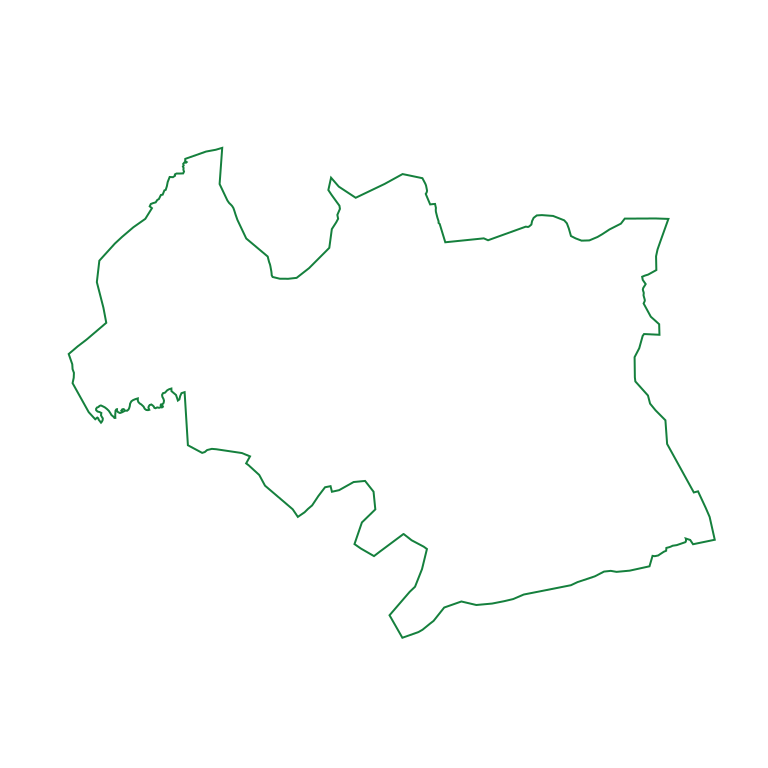 Ringim, Jigawa, Nigeria, rotated 173°
{"feature_id": "59680162B52609098277437", "entity_name": "Ringim", "entity_type": "district", "adm_level": 2, "iso_a3": "NGA", "parent_name": "Nigeria", "parent_adm1": "Jigawa", "projection": "orthographic", "projection_center": [9.164, 12.166], "detail": "fine", "context": "isolated", "style": "outline", "palette": "green", "viewbox_px": 768, "rotation_deg": 173, "n_neighbors": 0, "source": "geoboundaries", "source_scale": "gbopen_adm2", "svg_char_len": 4773}
<svg xmlns="http://www.w3.org/2000/svg" viewBox="0 0 768 768"><g transform="rotate(173 384 384)"><path d="M515.8,638.1L522.4,637.0L532.3,636.4L553.8,631.7L554.2,629.5L552.8,628.3L553.5,627.8L555.3,628.1L556.5,626.9L556.2,625.3L557.1,624.4L556.6,622.9L557.0,621.1L556.6,619.2L557.7,617.5L561.1,617.8L564.3,618.2L566.0,617.5L566.0,616.2L568.3,615.0L571.5,615.6L574.1,610.8L575.4,606.8L577.0,603.3L578.4,602.9L579.4,601.1L580.6,598.9L582.4,598.8L583.4,597.3L584.9,595.0L586.6,594.3L588.5,592.1L591.1,591.7L593.5,591.1L594.9,588.9L592.9,586.8L600.8,577.0L613.7,570.1L626.1,561.9L634.0,556.2L651.5,541.1L656.6,520.1L653.2,493.9L652.2,478.6L673.7,464.4L683.4,458.7L693.3,452.2L691.0,441.6L691.3,436.7L690.4,432.9L691.2,428.0L693.0,422.8L680.5,392.0L674.9,384.2L672.7,385.6L671.8,384.8L671.6,383.4L670.9,382.3L669.6,380.1L668.5,381.1L667.6,382.6L667.3,384.2L668.1,385.8L668.7,387.4L668.1,389.7L669.7,390.8L671.7,391.6L672.5,392.6L672.9,393.1L672.8,394.4L671.8,395.6L670.1,396.0L669.1,396.9L667.6,397.2L666.1,396.3L664.0,394.9L662.0,392.9L661.6,392.4L660.4,390.9L659.2,388.5L658.3,386.4L656.6,384.6L655.7,383.2L654.8,383.1L654.7,384.4L654.5,386.4L654.1,388.1L653.7,390.3L653.4,390.7L652.6,391.5L652.1,391.5L652.3,390.5L652.4,390.1L651.3,388.4L649.6,387.4L647.6,387.8L646.2,388.3L647.9,389.6L646.8,390.8L645.4,390.8L644.3,389.1L642.2,388.8L640.7,389.8L639.8,391.2L639.0,393.1L638.4,395.4L636.9,397.6L635.0,398.6L632.5,399.3L630.1,399.7L630.4,397.7L629.9,395.8L628.5,394.1L627.5,393.4L625.4,390.9L624.5,388.5L623.1,387.2L621.4,386.8L620.1,387.0L620.4,388.0L620.7,389.2L620.2,390.5L619.1,391.7L617.4,392.0L616.4,391.1L615.3,389.8L614.8,388.3L613.7,387.8L612.0,388.4L610.1,387.8L608.6,388.2L607.3,387.8L606.2,388.4L606.5,389.3L607.8,389.0L608.3,390.1L607.9,390.9L606.7,390.9L605.4,391.6L604.8,392.8L604.4,394.4L604.8,396.4L605.5,398.1L605.6,399.3L605.6,400.2L604.5,401.8L602.4,402.1L599.9,404.2L597.9,405.0L595.6,405.4L595.8,402.8L591.8,398.5L591.1,395.3L590.6,392.7L589.0,393.6L587.8,396.8L586.1,399.6L582.9,400.2L586.1,347.1L575.3,339.5L572.9,337.8L570.2,338.3L567.6,340.0L562.8,340.6L558.5,339.7L533.5,332.8L525.8,328.5L530.5,322.0L528.5,320.1L518.9,308.9L514.5,297.6L489.9,270.8L488.2,267.5L485.7,262.6L484.2,263.4L478.4,266.4L474.8,269.2L470.1,272.3L462.8,280.8L455.1,288.7L449.5,289.1L448.8,283.4L441.5,284.1L426.1,290.4L414.6,290.1L407.5,278.4L407.9,260.6L422.8,249.3L432.8,228.7L427.0,223.5L414.9,214.4L407.6,218.7L407.2,218.9L383.0,232.7L382.7,232.6L375.6,225.5L364.4,217.7L361.5,215.0L368.8,195.7L377.9,179.0L383.7,174.7L406.7,153.8L396.7,129.9L380.0,133.6L375.7,135.4L367.6,140.5L363.7,142.8L351.5,154.8L333.7,158.7L319.3,153.4L303.4,152.9L291.1,153.8L282.0,154.8L271.0,158.0L223.0,161.5L216.0,163.8L198.2,167.4L188.5,171.0L181.7,170.9L176.1,169.2L162.9,168.8L142.7,170.7L138.4,180.7L136.2,180.1L132.7,180.4L130.8,181.4L126.7,183.4L124.3,184.1L123.7,186.9L120.6,187.3L119.0,187.7L117.2,188.3L113.1,188.4L104.1,190.3L103.9,190.6L103.8,190.8L103.6,191.0L103.5,191.3L103.4,191.5L103.3,192.0L103.3,192.3L103.3,192.5L103.2,192.8L103.2,193.4L103.3,193.8L99.1,191.9L96.8,187.3L74.7,189.1L77.0,212.4L79.7,221.6L85.4,239.2L89.7,238.6L110.3,290.0L109.1,313.7L117.7,324.8L122.3,332.1L123.4,340.4L134.2,355.9L134.2,360.0L132.0,380.1L126.3,388.4L121.4,400.2L119.8,401.9L104.6,399.3L103.6,409.8L111.0,418.3L116.2,431.5L116.5,432.3L115.8,433.4L115.2,434.4L114.9,435.4L115.1,437.1L115.4,438.9L115.6,440.6L115.2,442.0L115.1,443.3L115.4,444.6L115.6,446.2L115.0,447.7L114.2,448.7L113.1,450.0L112.1,451.3L114.5,455.8L114.7,459.0L111.9,459.8L108.5,460.4L99.8,463.9L98.4,477.6L96.1,484.2L92.5,491.5L81.6,513.2L94.2,515.2L124.9,518.8L129.3,514.3L141.4,509.9L149.1,506.1L154.2,503.9L162.7,501.5L170.4,502.2L176.1,505.2L180.4,508.1L181.6,515.8L182.9,521.2L185.2,524.5L195.7,530.2L206.7,532.4L211.8,532.7L215.2,530.7L217.2,527.6L218.3,524.3L220.7,522.7L221.9,522.3L224.1,522.9L263.2,514.0L267.2,516.4L277.0,516.6L305.9,517.2L309.2,536.0L310.2,537.2L310.0,538.9L310.7,542.4L311.1,545.4L311.5,548.7L311.4,550.6L311.0,552.5L311.2,554.3L311.4,556.5L313.6,556.6L316.3,556.6L318.6,564.7L319.4,567.6L318.4,568.8L317.7,570.5L317.9,573.4L318.1,575.9L318.6,577.8L320.8,583.6L335.8,588.7L340.0,590.1L359.0,582.5L386.1,573.4L389.4,572.3L404.8,585.4L411.4,595.2L415.6,583.3L413.1,578.3L408.2,569.4L406.5,566.4L406.4,563.2L409.7,557.5L409.4,553.6L411.8,550.2L416.9,544.1L421.7,525.8L444.3,508.1L457.8,500.0L466.2,500.1L474.6,501.2L481.5,503.8L482.2,505.6L482.1,507.6L482.1,507.8L482.1,508.0L482.1,508.3L482.1,508.5L482.1,508.8L482.1,509.0L482.1,509.3L482.1,509.5L482.3,512.9L482.4,514.7L482.6,516.6L483.2,519.2L483.9,524.7L503.0,545.2L509.5,564.8L510.7,570.3L511.4,574.1L512.0,576.9L513.0,579.1L514.0,580.5L515.7,582.6L517.1,585.3L522.8,602.5L515.8,638.1Z" fill="none" stroke="#15803d" stroke-width="2"/></g></svg>